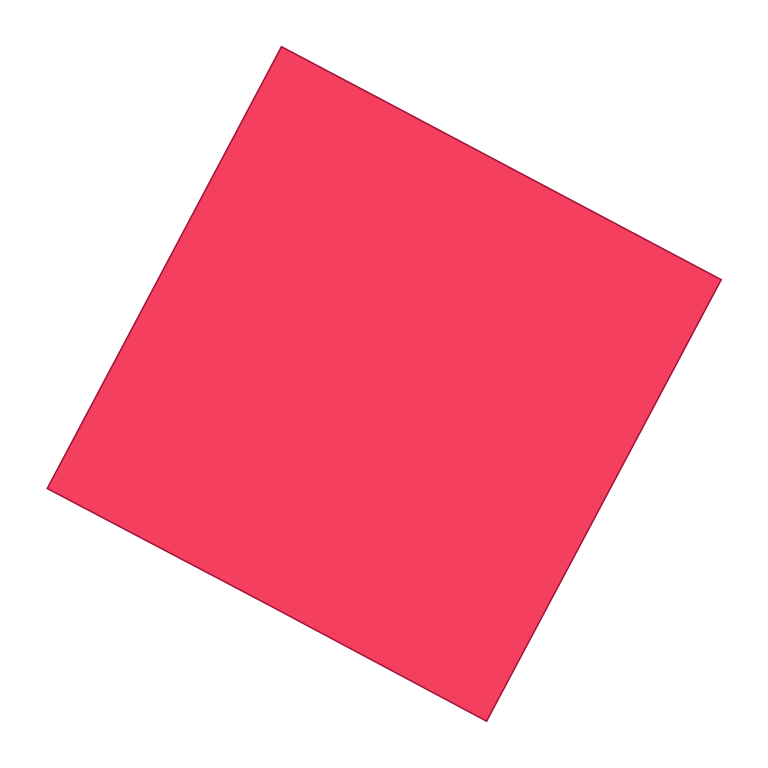 outline of Greene, Iowa, United States of America, rotated 208°
{"feature_id": "52423323B94777339307314", "entity_name": "Greene", "entity_type": "district", "adm_level": 2, "iso_a3": "USA", "parent_name": "United States of America", "parent_adm1": "Iowa", "projection": "mercator", "projection_center": [-94.413, 42.036], "detail": "fine", "context": "isolated", "style": "filled", "palette": "rose", "viewbox_px": 768, "rotation_deg": 208, "n_neighbors": 0, "source": "geoboundaries", "source_scale": "gbopen_adm2", "svg_char_len": 255}
<svg xmlns="http://www.w3.org/2000/svg" viewBox="0 0 768 768"><g transform="rotate(208 384 384)"><path d="M135.1,134.4L135.2,634.4L508.4,634.0L632.9,633.7L632.3,133.6L382.9,134.7L135.1,134.4Z" fill="#f43f5e" stroke="#9f1239" stroke-width="1.5"/></g></svg>